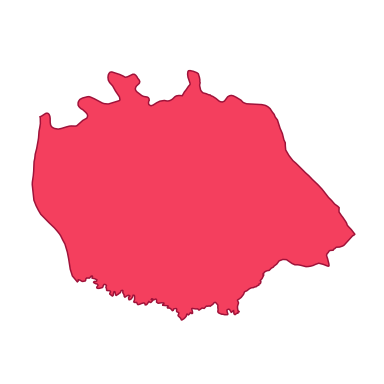 the district of Thapangthong, Savannakhét, Laos, rotated 355°
{"feature_id": "54806243B5714719739337", "entity_name": "Thapangthong", "entity_type": "district", "adm_level": 2, "iso_a3": "LAO", "parent_name": "Laos", "parent_adm1": "Savannakhét", "projection": "robinson", "projection_center": [105.786, 16.099], "detail": "fine", "context": "isolated", "style": "filled", "palette": "rose", "viewbox_px": 384, "rotation_deg": 355, "n_neighbors": 0, "source": "geoboundaries", "source_scale": "gbopen_adm2", "svg_char_len": 5957}
<svg xmlns="http://www.w3.org/2000/svg" viewBox="0 0 384 384"><g transform="rotate(355 192 192)"><path d="M170.8,318.6L172.8,317.6L174.1,316.6L175.4,315.3L176.0,313.6L176.3,313.2L176.7,313.2L177.4,314.0L177.8,314.1L179.5,312.7L179.9,312.0L180.3,312.1L181.3,313.1L181.9,312.9L182.1,311.7L181.5,308.4L181.7,308.1L182.1,308.0L185.5,308.8L187.5,308.9L188.4,310.1L188.9,310.2L191.9,308.5L194.0,309.0L196.3,307.0L196.7,306.9L197.8,307.2L199.1,306.9L200.1,307.4L203.1,305.6L204.0,304.5L205.3,303.9L205.8,304.1L206.2,304.5L207.9,306.9L207.6,309.9L207.8,310.7L207.3,313.6L207.7,314.4L208.2,314.9L210.8,316.3L212.2,316.5L213.8,317.1L216.7,317.3L217.0,317.0L217.1,316.4L216.6,314.7L216.5,312.8L216.9,312.3L218.2,311.9L218.7,312.0L219.3,312.6L220.6,315.3L221.0,315.2L222.6,313.9L223.1,313.8L223.2,316.8L223.6,317.6L224.2,317.9L226.0,316.8L227.1,316.7L227.1,316.1L228.5,315.4L228.5,315.1L227.5,314.3L227.4,313.9L227.2,311.5L227.4,309.6L228.6,306.8L228.6,306.0L227.9,304.2L227.9,303.7L228.2,303.4L229.8,302.6L231.8,301.3L234.4,298.5L235.5,296.2L236.5,295.6L237.8,295.3L240.9,293.3L242.9,292.6L244.9,292.6L246.2,292.0L247.5,292.0L248.9,291.1L250.5,290.5L250.7,289.6L251.8,289.3L252.5,288.5L252.8,287.0L252.3,286.4L252.3,286.1L254.2,284.4L256.2,281.1L256.2,280.9L255.6,281.0L255.8,279.4L256.5,279.1L257.2,278.1L258.4,277.5L259.7,277.0L262.1,276.8L264.4,274.8L266.5,273.9L267.4,272.9L270.1,271.2L272.8,268.2L276.6,267.1L280.2,267.6L285.5,272.0L288.2,273.5L291.0,273.7L293.7,274.4L299.0,276.3L301.0,276.4L303.9,276.2L306.4,275.7L308.9,274.8L312.1,274.0L316.4,275.5L320.6,277.6L321.7,277.8L322.1,277.2L322.1,275.6L321.3,270.5L320.5,267.1L320.7,266.2L321.3,265.1L322.4,264.2L323.3,262.9L324.4,262.3L327.5,262.3L328.6,261.1L329.4,260.8L330.6,259.8L331.1,259.6L334.3,259.7L337.5,258.9L339.0,258.1L348.3,249.5L349.3,249.3L350.5,248.2L347.4,243.3L344.5,239.7L343.6,238.2L343.4,236.8L342.6,235.0L340.1,230.5L338.8,228.5L336.8,224.9L336.8,223.4L337.2,220.4L336.0,219.0L333.0,216.4L330.3,212.6L327.5,209.3L321.8,200.5L318.2,195.9L313.0,190.0L309.9,186.1L306.6,182.6L298.1,172.5L295.2,169.5L291.8,164.2L289.0,158.3L289.0,154.1L289.2,151.1L288.1,148.1L287.1,141.6L285.3,136.3L283.4,127.7L281.4,124.5L280.6,121.8L278.9,119.2L277.1,115.8L275.4,114.0L273.8,112.8L272.3,112.0L269.1,111.0L254.2,108.9L252.1,108.0L250.5,107.0L248.8,104.8L244.3,101.5L241.5,99.8L239.5,99.2L237.7,99.4L235.8,100.3L232.2,104.3L230.1,105.0L228.1,104.5L226.7,103.6L223.9,100.8L220.8,98.4L219.9,98.2L218.5,96.9L217.1,96.6L214.7,95.3L211.6,94.2L210.3,92.7L209.5,91.3L208.9,86.9L209.0,85.8L209.6,83.9L209.4,82.6L209.6,81.0L209.4,78.6L208.6,74.8L207.4,73.7L206.3,73.1L203.9,71.9L200.7,70.9L199.2,70.9L198.7,71.3L198.4,71.8L197.9,74.2L198.0,77.3L199.4,82.9L199.6,83.7L199.4,84.8L197.6,86.5L195.2,89.5L193.1,91.7L190.7,95.2L187.4,94.7L184.8,94.9L183.3,95.6L180.6,97.8L178.3,98.9L176.7,99.2L175.2,99.2L172.4,98.4L168.0,98.7L164.6,100.0L160.8,102.0L158.9,102.5L158.1,102.3L156.6,101.1L156.5,100.3L156.4,99.5L156.8,97.8L157.4,97.0L157.3,95.3L156.7,94.2L155.7,93.5L152.2,92.6L150.4,91.6L145.9,87.5L144.8,85.9L144.5,84.3L145.2,82.5L146.0,81.5L148.9,79.2L149.2,78.7L149.6,77.4L149.1,75.8L147.8,73.9L147.3,72.6L146.2,70.9L145.0,69.8L143.4,69.5L137.8,71.6L135.5,71.9L133.4,70.4L130.2,68.6L122.6,65.4L120.9,65.5L119.7,66.6L118.8,68.1L118.3,70.4L118.4,73.3L119.5,75.8L122.2,79.4L124.6,84.8L128.0,90.9L128.3,93.6L128.0,94.3L127.3,94.7L116.6,97.0L115.4,96.9L112.2,96.3L110.5,95.6L102.8,90.6L99.2,88.6L97.7,88.0L96.0,88.0L91.3,88.8L88.8,89.8L88.2,90.2L86.9,91.8L86.3,93.2L86.1,95.5L86.8,97.1L88.0,98.6L89.0,99.6L90.1,100.2L93.0,103.3L94.2,105.0L94.7,106.5L94.4,108.0L93.6,109.3L89.4,111.2L83.0,116.0L81.6,116.2L77.5,115.7L75.6,115.7L72.6,116.2L67.5,117.3L64.2,117.7L60.5,116.7L58.4,115.4L57.3,113.8L57.0,112.9L56.8,110.4L57.1,106.2L57.0,104.2L56.4,102.3L55.8,101.5L55.1,101.0L54.0,100.8L53.0,101.0L48.5,103.4L47.1,103.8L47.3,105.1L46.9,110.7L46.0,114.4L44.9,118.2L43.8,124.9L43.2,127.3L41.1,135.0L39.1,140.7L38.3,144.8L37.3,148.1L36.1,157.4L35.3,161.9L33.8,168.3L33.5,170.7L33.8,186.4L35.5,192.1L37.4,196.8L39.4,201.0L46.7,209.9L51.8,215.7L54.2,219.0L56.4,222.3L57.4,224.2L59.0,228.4L60.9,232.8L62.6,241.1L63.3,247.9L64.0,258.4L65.5,265.2L69.9,271.5L70.8,270.9L71.1,269.5L72.7,270.0L74.6,271.4L75.4,271.6L77.9,271.3L78.3,270.8L78.7,269.3L79.5,268.5L82.4,268.8L84.1,267.1L85.1,266.9L85.5,267.6L85.0,268.5L85.0,269.1L87.7,270.0L89.6,271.2L89.2,272.4L88.9,272.6L88.4,272.7L86.9,272.6L86.4,272.9L86.1,273.3L86.4,273.9L88.1,275.0L89.2,275.2L90.1,276.2L90.2,276.9L88.8,278.5L88.8,279.1L89.2,279.6L89.9,279.8L91.3,279.9L94.3,279.4L94.9,278.9L95.5,277.4L96.2,276.5L97.0,276.4L97.7,276.7L98.4,277.4L98.6,277.8L97.9,279.5L98.4,280.9L98.4,282.4L98.8,282.8L101.1,283.1L101.7,283.4L102.2,284.4L101.2,285.9L101.2,286.5L103.2,288.4L103.7,288.7L104.4,288.2L104.9,286.1L105.7,284.5L106.2,284.5L106.6,284.9L106.9,287.9L107.5,288.4L109.7,287.3L111.0,286.3L111.8,286.1L112.8,284.1L114.1,283.9L114.5,284.2L114.5,284.7L114.3,286.2L115.3,288.4L115.4,290.1L115.8,290.8L116.4,290.8L117.4,290.1L119.2,289.4L120.1,289.4L121.0,290.1L120.9,290.6L120.0,291.0L119.6,291.8L119.6,293.1L120.0,293.9L120.9,293.8L122.3,293.1L123.5,291.5L124.3,289.7L124.8,289.7L125.5,290.0L125.7,290.8L125.5,293.8L124.4,296.4L125.1,297.0L127.2,297.2L128.0,299.2L128.4,299.5L130.0,299.3L132.2,298.6L134.4,298.3L135.2,298.9L135.6,300.4L136.5,300.4L137.3,300.0L139.6,297.3L140.7,298.4L141.2,298.4L141.6,298.3L143.4,296.7L143.3,296.2L142.1,295.5L142.5,294.9L143.3,295.0L144.7,296.1L146.2,295.5L146.8,295.6L147.2,296.0L147.3,296.4L147.1,298.6L148.3,299.7L148.8,299.9L152.0,299.7L154.2,300.1L154.3,300.4L154.2,300.9L153.0,301.7L153.0,302.3L158.1,303.3L158.3,303.7L157.4,304.9L157.5,305.3L157.7,305.5L159.2,305.6L160.5,306.3L162.1,308.5L163.1,308.2L163.4,307.1L163.8,306.8L166.0,306.7L166.4,306.9L166.6,307.8L166.2,309.2L166.4,309.9L167.9,310.8L168.3,311.3L168.1,312.2L167.4,313.5L167.4,314.1L169.6,316.7L170.3,318.5L170.8,318.6Z" fill="#f43f5e" stroke="#9f1239" stroke-width="1.5"/></g></svg>